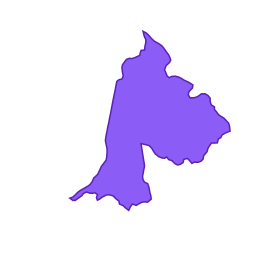 the district of Gado Bravo, Paraíba, Brazil, rotated 237°
{"feature_id": "56859067B38190355049455", "entity_name": "Gado Bravo", "entity_type": "district", "adm_level": 2, "iso_a3": "BRA", "parent_name": "Brazil", "parent_adm1": "Paraíba", "projection": "albers", "projection_center": [-35.816, -7.565], "detail": "fine", "context": "isolated", "style": "filled", "palette": "violet", "viewbox_px": 256, "rotation_deg": 237, "n_neighbors": 0, "source": "geoboundaries", "source_scale": "gbopen_adm2", "svg_char_len": 2221}
<svg xmlns="http://www.w3.org/2000/svg" viewBox="0 0 256 256"><g transform="rotate(237 128 128)"><path d="M100.8,41.0L97.3,42.3L96.0,44.4L96.2,47.7L96.4,52.5L97.4,55.2L96.9,58.4L94.2,60.4L92.6,62.6L91.7,65.0L88.8,66.2L86.9,63.7L84.1,63.0L83.8,65.6L84.1,68.5L83.8,71.1L83.5,73.8L81.8,76.4L79.1,78.6L74.9,79.4L71.7,80.6L68.9,79.4L65.5,81.7L62.6,82.3L58.5,83.7L60.7,87.3L61.8,90.4L58.6,92.7L58.5,95.7L58.3,98.5L57.5,101.0L55.1,104.1L55.7,108.7L58.9,110.3L61.8,111.1L64.3,112.2L67.3,113.4L70.6,114.2L73.8,112.3L76.9,112.6L79.7,114.0L81.9,116.2L84.1,118.2L87.1,121.2L107.8,130.4L104.9,133.3L101.8,136.1L97.7,136.9L94.7,136.7L91.4,136.8L87.3,138.1L84.4,140.2L82.7,142.1L82.6,144.7L79.4,144.9L76.6,147.1L72.5,147.9L70.1,149.3L69.0,152.1L69.0,155.4L71.3,157.7L70.1,161.2L67.0,161.9L63.5,162.3L63.3,165.0L61.1,167.9L60.4,171.2L61.0,174.0L63.5,176.3L65.0,181.3L67.4,184.0L68.6,186.4L69.9,190.0L68.4,192.1L66.9,194.8L69.6,197.9L69.4,200.7L70.9,202.8L70.7,207.4L69.8,211.9L74.2,214.1L77.2,215.0L83.8,213.9L88.4,211.7L90.9,211.1L93.7,211.0L96.4,210.6L98.6,212.0L102.2,210.4L105.7,211.5L108.4,213.2L111.9,212.7L114.7,211.3L116.7,208.1L116.4,204.8L116.7,201.8L118.0,198.8L119.6,196.5L122.9,196.6L125.0,198.5L125.9,201.3L126.4,203.8L128.8,205.9L132.9,204.0L137.8,201.0L140.5,199.8L142.9,198.4L145.6,196.0L147.4,192.9L147.8,189.9L150.2,189.1L152.8,189.7L157.0,190.4L159.6,194.0L160.3,198.4L161.7,200.8L164.2,201.5L167.6,201.9L171.9,201.6L175.6,201.5L178.7,201.1L182.1,199.7L186.4,197.4L190.4,196.4L193.7,196.0L197.4,195.2L200.9,193.3L197.6,192.1L195.2,191.4L192.3,191.1L189.7,189.2L187.2,186.6L184.3,184.3L186.0,181.4L184.3,179.1L182.5,177.4L182.9,174.7L183.3,172.0L184.0,169.2L185.7,167.1L186.4,164.0L185.1,160.6L184.0,157.8L182.1,155.9L178.0,153.8L174.3,152.4L172.4,149.8L173.4,146.7L173.2,144.1L169.7,140.6L166.9,138.0L163.8,134.9L160.9,132.0L150.0,121.6L145.8,117.4L143.5,115.3L139.9,111.6L137.1,109.0L134.7,106.6L131.6,103.7L129.8,102.2L125.9,100.6L122.4,99.3L119.2,97.4L114.9,94.0L113.0,92.1L111.7,88.7L110.3,84.7L108.5,82.0L107.2,79.8L105.7,77.5L105.2,75.0L104.7,72.0L102.5,68.7L101.3,65.5L101.1,63.0L101.3,59.1L101.6,54.1L101.4,50.6L100.7,47.8L100.1,44.2L100.8,41.0Z" fill="#8b5cf6" stroke="#5b21b6" stroke-width="1.5"/></g></svg>